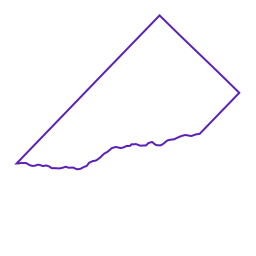 outline of Winona, Minnesota, United States of America, rotated 134°
{"feature_id": "52423323B34480475653148", "entity_name": "Winona", "entity_type": "district", "adm_level": 2, "iso_a3": "USA", "parent_name": "United States of America", "parent_adm1": "Minnesota", "projection": "robinson", "projection_center": [-91.574, 44.02], "detail": "fine", "context": "isolated", "style": "outline", "palette": "violet", "viewbox_px": 256, "rotation_deg": 134, "n_neighbors": 0, "source": "geoboundaries", "source_scale": "gbopen_adm2", "svg_char_len": 1335}
<svg xmlns="http://www.w3.org/2000/svg" viewBox="0 0 256 256"><g transform="rotate(134 128 128)"><path d="M25.1,183.5L115.4,183.6L230.9,183.5L229.1,181.7L227.7,180.9L227.1,180.5L226.5,179.5L224.0,177.0L223.4,174.3L222.8,172.4L221.5,170.2L219.5,168.6L216.9,167.3L215.8,165.7L214.8,163.3L214.4,162.7L213.4,161.9L212.1,161.2L211.9,161.0L210.4,158.0L210.0,155.3L209.5,154.5L207.3,152.3L204.6,149.1L202.2,147.5L199.3,146.0L199.0,145.6L198.2,143.8L197.7,143.0L194.6,140.0L194.4,139.4L194.2,139.2L194.0,138.1L193.2,136.4L192.5,135.4L191.2,134.4L190.4,133.9L186.0,132.4L184.5,131.5L183.2,131.4L180.6,131.8L180.0,131.8L176.3,130.4L174.5,129.0L173.2,128.3L168.7,127.5L166.3,127.5L162.9,127.3L159.8,126.3L156.1,125.8L154.3,125.8L153.7,125.6L151.2,124.3L149.8,123.2L148.2,120.4L147.3,119.2L146.4,118.6L145.2,117.8L143.0,117.0L141.9,116.5L140.5,115.0L139.3,114.1L138.7,114.0L137.9,114.3L137.6,114.2L136.8,113.8L135.7,112.4L134.4,111.5L133.8,110.6L132.8,108.4L132.3,107.1L131.8,106.5L128.1,103.1L127.0,102.8L125.6,103.0L124.5,102.8L121.4,101.0L121.2,100.6L121.2,98.8L120.9,96.7L120.6,95.7L118.4,93.0L118.2,92.9L117.7,92.5L115.4,91.7L109.9,91.1L108.7,90.5L105.6,88.3L104.1,87.0L98.3,84.8L95.4,83.3L93.0,81.7L90.0,77.1L89.1,76.5L85.9,75.0L82.4,72.4L25.4,72.4L25.2,100.1L25.3,155.6L25.1,183.5Z" fill="none" stroke="#5b21b6" stroke-width="2"/></g></svg>